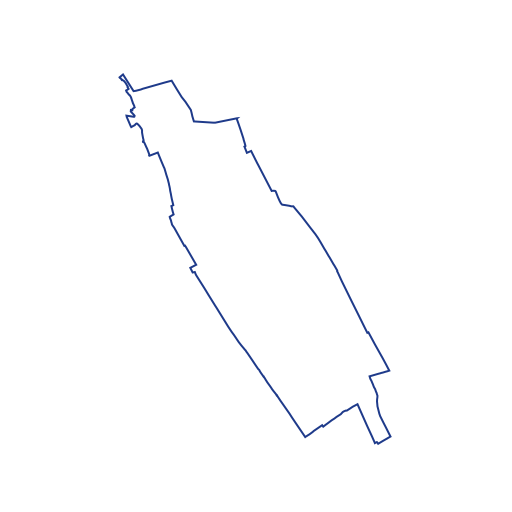 the district of Smardan, Galati, Romania, rotated 150°
{"feature_id": "2599482B33788792508328", "entity_name": "Smardan", "entity_type": "district", "adm_level": 2, "iso_a3": "ROU", "parent_name": "Romania", "parent_adm1": "Galati", "projection": "mercator", "projection_center": [27.93, 45.569], "detail": "fine", "context": "isolated", "style": "outline", "palette": "blue", "viewbox_px": 512, "rotation_deg": 150, "n_neighbors": 0, "source": "geoboundaries", "source_scale": "gbopen_adm2", "svg_char_len": 5656}
<svg xmlns="http://www.w3.org/2000/svg" viewBox="0 0 512 512"><g transform="rotate(150 256 256)"><path d="M299.0,396.3L297.0,395.9L293.8,395.4L293.5,395.4L293.3,395.3L289.3,394.7L289.7,392.0L290.6,385.4L291.4,378.9L291.4,378.4L291.5,377.5L291.7,376.7L292.3,374.2L293.0,371.4L294.0,366.8L294.0,366.7L294.7,364.3L295.3,362.1L295.7,361.1L296.1,359.7L296.8,357.6L297.7,355.4L298.7,352.3L299.3,350.7L300.4,347.5L302.2,341.4L304.3,341.5L304.3,341.4L305.1,339.0L306.0,335.8L306.6,333.2L311.1,333.1L311.4,332.3L311.7,330.7L311.8,329.6L312.1,328.5L312.4,327.6L312.6,326.5L313.0,325.4L313.0,324.7L313.0,324.2L312.8,322.5L312.7,320.9L313.0,300.6L312.3,300.5L312.2,298.9L312.2,286.2L312.2,278.3L318.8,278.6L319.1,273.4L317.0,272.7L317.4,270.0L317.4,268.7L316.8,254.0L316.6,245.7L316.2,233.2L316.1,231.6L315.9,225.0L315.7,218.4L315.5,211.9L315.4,208.8L315.2,205.3L315.0,202.3L314.6,198.8L314.0,190.1L313.4,185.8L312.4,180.0L312.2,179.5L312.2,178.1L312.0,176.5L311.3,167.1L311.1,163.9L310.9,160.9L310.6,157.0L310.3,156.1L310.2,155.7L310.2,155.0L310.3,154.3L310.2,152.3L310.1,151.2L310.0,150.3L309.9,148.9L309.8,147.7L309.6,147.7L309.6,146.6L309.5,145.8L309.5,145.0L309.5,143.2L309.4,142.3L309.4,141.2L308.9,136.3L308.7,133.7L308.7,132.9L308.4,130.4L307.8,126.5L307.8,124.9L307.5,124.9L307.5,123.5L307.2,118.5L306.8,114.2L306.2,107.2L305.8,102.7L305.6,98.3L305.3,93.9L305.2,92.4L304.5,82.8L303.9,74.6L303.1,74.7L302.1,74.7L300.2,74.8L299.1,74.8L296.4,75.1L294.8,75.3L293.5,75.6L288.3,76.0L283.3,76.4L283.1,74.6L279.3,75.1L278.1,75.2L272.5,75.9L270.2,76.0L269.6,76.0L266.6,76.4L261.7,76.6L258.9,77.5L257.3,77.5L255.4,77.2L255.2,77.0L254.7,76.7L250.7,76.9L247.6,77.1L242.2,76.9L244.7,53.4L245.7,42.5L245.8,41.4L246.4,35.9L246.6,34.5L245.7,34.5L244.4,34.4L244.2,34.1L244.1,32.3L238.6,32.4L229.8,32.4L229.2,42.9L229.0,47.3L228.5,55.5L228.3,56.3L228.1,57.5L228.0,57.9L226.1,64.6L226.0,65.0L225.3,66.5L224.3,68.7L224.0,69.4L222.8,71.3L221.7,72.7L220.7,74.2L220.4,75.7L220.2,76.5L220.0,77.2L219.9,78.6L219.6,80.1L219.4,81.1L219.4,81.8L219.4,83.4L219.3,84.2L218.9,86.5L218.7,88.4L218.5,89.7L218.4,92.5L217.8,95.0L210.5,93.2L208.5,92.7L207.1,92.3L206.0,92.1L204.4,91.6L201.7,91.0L199.9,90.5L197.9,90.1L197.6,97.0L197.4,103.7L197.2,120.1L196.8,133.7L198.0,133.8L197.6,140.4L196.7,154.2L195.8,168.9L194.3,191.2L194.1,193.5L193.5,199.8L193.4,200.7L193.4,201.4L193.4,201.5L193.4,201.9L193.3,202.1L193.3,202.3L193.2,202.4L193.1,202.5L192.9,202.8L192.9,203.0L192.9,204.9L192.9,205.9L192.9,206.4L192.9,207.9L192.9,208.6L193.0,210.0L193.0,210.7L193.0,211.5L193.0,212.3L193.0,213.0L193.0,213.6L193.0,214.3L193.0,214.9L193.0,215.0L193.0,215.8L193.0,218.0L193.1,219.5L193.1,223.2L193.1,225.6L193.2,228.1L193.2,231.4L193.2,235.0L193.3,240.4L193.6,244.3L193.7,245.5L194.0,247.5L194.8,253.3L196.6,267.2L198.5,278.1L198.8,280.3L200.5,281.3L201.0,281.8L201.9,282.7L203.1,283.7L205.3,285.5L207.6,287.3L207.8,287.6L208.0,288.7L208.1,289.6L208.0,292.0L207.6,295.9L206.7,301.7L206.7,302.4L206.9,302.8L207.8,303.5L209.2,304.3L209.9,304.5L208.9,326.7L208.6,333.3L208.5,336.4L208.4,337.8L208.3,339.9L208.1,342.9L207.9,346.4L207.7,349.4L212.3,349.9L211.3,356.5L210.3,356.4L210.1,356.6L209.4,359.2L208.5,363.1L208.2,363.9L206.3,372.8L205.1,378.9L204.5,382.1L204.1,384.6L203.5,384.7L204.2,385.0L206.4,385.7L209.0,386.6L224.5,391.8L224.9,392.0L225.3,392.2L226.0,392.6L242.5,403.6L241.3,408.7L240.2,412.2L239.4,415.1L239.9,422.9L240.0,424.7L240.9,430.8L241.2,440.0L241.4,450.0L248.4,451.9L262.7,455.5L268.3,456.9L270.2,457.4L270.8,457.5L272.0,457.7L272.3,457.7L276.2,458.8L277.3,459.1L279.6,460.0L280.4,479.7L285.7,478.8L285.1,478.7L284.9,478.6L284.7,478.6L284.6,478.4L284.5,478.2L284.5,477.9L284.4,477.5L284.3,476.9L284.2,476.4L284.2,476.0L284.2,475.9L284.2,475.6L283.8,475.6L283.7,475.3L283.6,475.0L283.5,474.8L283.3,474.5L283.2,474.2L282.9,473.9L282.8,473.5L282.8,473.2L282.7,472.8L282.6,472.5L282.6,472.2L282.5,471.8L282.5,471.5L282.4,471.2L282.4,470.8L282.4,470.1L282.4,469.8L282.4,469.6L282.4,469.2L282.4,468.6L282.4,467.8L282.4,467.0L282.4,466.8L282.4,466.6L282.5,466.5L282.8,466.4L282.8,466.0L282.8,465.7L282.8,465.2L282.7,464.7L282.8,464.4L284.3,464.3L284.9,464.3L285.7,464.3L285.8,463.7L285.9,463.4L286.0,463.0L285.9,462.7L285.9,462.4L285.8,462.0L285.7,461.7L285.6,461.0L285.6,460.7L285.5,460.3L285.5,460.0L285.4,459.6L285.4,459.2L285.1,458.7L285.0,458.4L285.0,458.1L284.9,457.9L284.9,457.6L284.9,457.3L284.9,456.8L284.9,456.7L284.9,456.3L284.9,456.0L284.9,455.7L285.0,455.5L285.1,455.3L285.1,455.1L285.2,454.9L285.2,454.4L285.3,454.2L285.4,453.8L285.5,453.2L285.6,452.7L285.7,452.3L285.7,452.0L285.8,451.5L285.9,451.3L285.9,451.0L286.0,450.6L286.1,450.3L286.1,450.1L286.2,449.9L286.2,449.2L286.3,448.6L286.3,448.3L286.3,447.9L286.4,447.4L286.4,447.0L286.4,446.9L286.5,446.6L286.6,446.3L286.8,446.0L286.8,445.8L286.8,445.6L286.8,445.4L289.4,445.1L290.2,444.1L291.3,445.0L292.2,443.8L292.2,443.7L292.0,442.9L291.7,441.5L291.2,439.4L291.1,438.5L291.0,438.2L291.2,437.9L291.4,437.8L291.6,437.7L291.8,437.5L292.4,437.8L292.6,437.9L292.9,438.2L298.0,442.3L298.1,442.0L298.2,441.7L298.4,441.2L299.6,431.1L299.6,430.0L298.8,430.0L297.5,430.0L297.0,430.0L295.7,429.9L295.6,430.0L294.8,430.2L294.6,430.3L293.8,430.5L293.1,430.4L292.8,430.1L292.5,429.3L292.1,427.8L292.0,427.3L291.8,426.2L291.7,424.9L291.5,423.5L291.8,421.9L292.9,420.0L293.7,417.9L294.9,414.5L295.0,414.1L295.1,413.7L295.2,413.3L295.5,412.5L295.6,412.2L295.9,412.1L296.3,412.0L296.6,411.8L296.7,411.5L296.8,411.2L296.6,411.0L296.3,411.0L296.1,410.8L296.1,410.4L296.1,409.4L296.6,404.5L296.6,403.7L296.7,403.1L297.5,398.2L297.8,397.0L298.0,396.6L298.3,396.5L298.6,396.4L299.0,396.3Z" fill="none" stroke="#1e3a8a" stroke-width="2"/></g></svg>